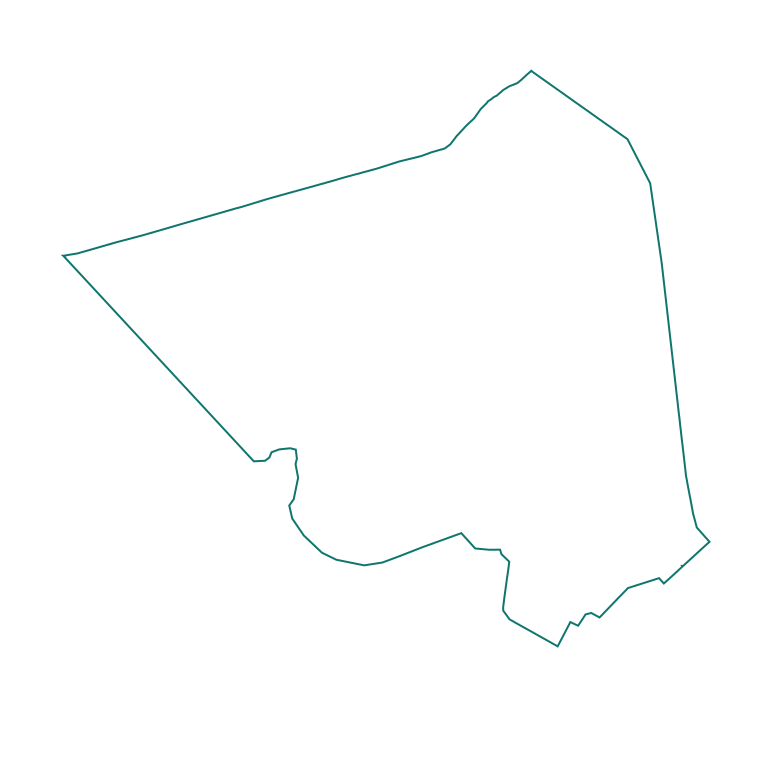 Kota Sungai Penuh, Jambi, Indonesia, rotated 81°
{"feature_id": "22746128B31453944142504", "entity_name": "Kota Sungai Penuh", "entity_type": "district", "adm_level": 2, "iso_a3": "IDN", "parent_name": "Indonesia", "parent_adm1": "Jambi", "projection": "mercator", "projection_center": [101.365, -2.138], "detail": "fine", "context": "isolated", "style": "outline", "palette": "teal", "viewbox_px": 768, "rotation_deg": 81, "n_neighbors": 0, "source": "geoboundaries", "source_scale": "gbopen_adm2", "svg_char_len": 1987}
<svg xmlns="http://www.w3.org/2000/svg" viewBox="0 0 768 768"><g transform="rotate(81 384 384)"><path d="M97.7,189.5L100.3,193.6L101.1,194.9L105.2,201.0L107.5,205.0L107.8,205.7L109.5,213.5L112.2,220.1L116.8,227.5L117.8,230.6L119.9,234.4L121.0,237.0L122.8,238.9L127.4,245.3L135.6,253.3L136.9,255.1L138.4,257.4L141.4,261.9L149.1,271.7L150.4,273.4L157.6,280.9L160.9,287.2L162.5,300.5L164.7,311.6L166.6,334.1L169.2,351.1L170.1,356.9L173.4,387.7L174.4,396.2L174.9,399.6L175.0,400.2L175.2,402.0L180.3,446.4L181.6,457.8L183.1,470.7L186.9,497.5L187.4,502.9L194.3,558.9L197.6,584.8L199.4,599.2L202.2,626.8L207.1,666.5L207.1,668.3L207.1,672.9L207.2,680.0L207.1,680.8L208.2,679.9L208.2,680.0L440.0,524.7L441.2,513.5L438.8,508.8L433.8,505.7L432.2,497.7L432.8,486.7L435.0,481.4L444.0,481.7L449.3,483.9L463.2,483.5L483.7,491.2L489.2,496.6L494.5,496.2L502.4,495.7L502.5,495.7L521.1,486.9L540.9,471.7L550.1,458.6L554.5,446.8L560.0,432.0L560.1,413.6L556.6,396.2L551.1,371.0L543.4,331.0L554.5,323.7L560.7,319.7L564.1,306.3L565.8,295.3L570.5,294.6L578.4,288.6L579.2,288.1L584.4,289.6L586.1,290.1L596.1,293.2L613.7,298.5L613.8,298.5L617.8,299.7L623.0,301.2L626.5,301.7L630.0,299.9L636.1,296.8L637.4,295.2L638.6,293.6L640.2,291.7L648.6,281.0L654.5,273.5L658.7,268.2L659.4,267.3L666.5,258.3L670.3,253.5L664.9,249.5L658.9,245.0L648.3,237.2L653.1,230.1L648.7,226.0L643.6,221.4L643.1,220.9L642.6,215.1L648.3,207.6L646.0,204.5L644.0,201.9L632.9,187.2L632.7,187.0L625.8,177.7L623.7,175.0L618.8,142.7L620.8,141.4L622.2,140.5L624.8,138.8L618.9,129.7L613.8,122.0L613.7,121.9L610.8,117.5L610.3,117.8L610.4,116.9L607.4,112.4L601.4,103.3L595.8,94.9L590.8,87.2L574.7,97.5L560.3,99.0L548.0,99.3L532.9,99.8L527.6,99.9L524.3,100.0L521.8,100.1L518.1,99.9L511.6,99.6L511.4,99.6L502.7,99.2L497.9,99.0L494.4,98.9L493.4,98.8L487.6,98.6L484.6,98.5L475.9,98.1L470.6,97.9L465.2,97.6L459.1,97.4L443.6,96.7L308.2,90.8L227.4,89.7L180.3,105.2L111.6,175.5L98.3,189.1L97.7,189.5Z" fill="none" stroke="#0f766e" stroke-width="2"/></g></svg>